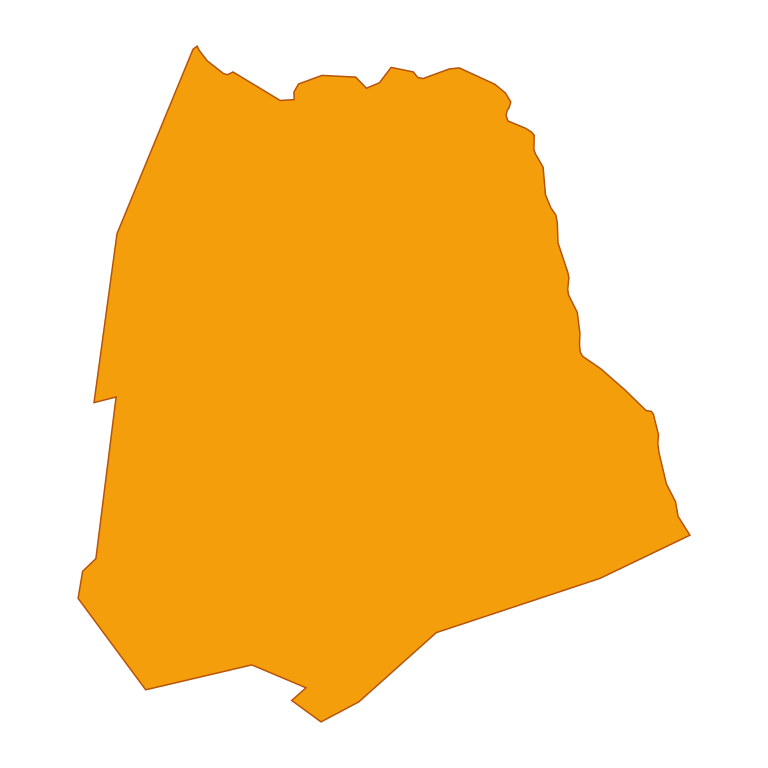 the district of Hart, Georgia, United States of America
{"feature_id": "52423323B38261098035275", "entity_name": "Hart", "entity_type": "district", "adm_level": 2, "iso_a3": "USA", "parent_name": "United States of America", "parent_adm1": "Georgia", "projection": "equal_earth", "projection_center": [-82.915, 34.353], "detail": "fine", "context": "isolated", "style": "filled", "palette": "amber", "viewbox_px": 768, "rotation_deg": 0, "n_neighbors": 0, "source": "geoboundaries", "source_scale": "gbopen_adm2", "svg_char_len": 1040}
<svg xmlns="http://www.w3.org/2000/svg" viewBox="0 0 768 768"><path d="M197.1,46.1L193.0,49.3L117.0,233.7L94.0,402.6L116.1,397.0L95.9,558.6L82.6,571.3L78.1,598.4L145.7,689.8L251.7,664.9L306.0,687.8L291.7,700.5L321.0,721.9L358.9,701.8L436.3,632.6L599.9,578.4L689.9,535.2L678.1,516.4L675.5,501.7L666.4,483.9L659.0,452.7L657.8,443.5L658.5,434.9L653.4,414.2L651.3,411.4L646.0,410.5L625.0,390.0L614.7,381.0L600.9,368.9L582.5,356.2L580.2,351.9L579.5,344.5L579.9,333.3L577.3,312.5L568.5,294.8L567.7,289.2L568.9,277.7L567.7,272.0L559.5,247.4L558.0,242.9L557.3,222.7L555.8,214.9L550.9,207.9L545.5,194.9L543.1,167.2L535.3,153.6L533.9,149.4L534.2,135.3L531.6,132.2L526.0,128.5L507.9,120.9L506.1,115.5L507.2,110.3L508.9,108.2L510.8,102.0L505.4,93.0L494.7,84.2L459.3,67.9L449.1,69.0L423.2,78.5L418.0,77.6L413.2,71.9L391.1,67.4L379.4,82.8L366.4,88.2L355.7,77.1L321.9,75.4L299.3,83.7L298.5,84.0L293.9,92.1L294.2,99.6L280.2,100.5L233.1,72.0L227.4,74.7L223.5,73.6L207.3,60.9L199.2,50.4L197.1,46.1Z" fill="#f59e0b" stroke="#b45309" stroke-width="1.5"/></svg>